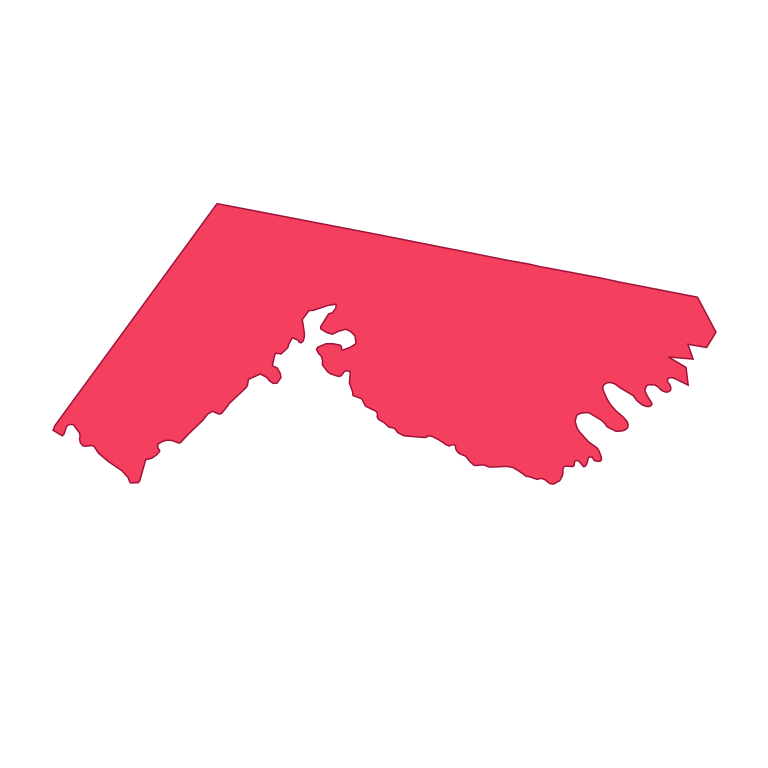 Allegany, Maryland, United States of America (Robinson projection), rotated 11°
{"feature_id": "52423323B81858638532101", "entity_name": "Allegany", "entity_type": "district", "adm_level": 2, "iso_a3": "USA", "parent_name": "United States of America", "parent_adm1": "Maryland", "projection": "robinson", "projection_center": [-78.645, 39.581], "detail": "fine", "context": "isolated", "style": "filled", "palette": "rose", "viewbox_px": 768, "rotation_deg": 11, "n_neighbors": 0, "source": "geoboundaries", "source_scale": "gbopen_adm2", "svg_char_len": 3589}
<svg xmlns="http://www.w3.org/2000/svg" viewBox="0 0 768 768"><g transform="rotate(11 384 384)"><path d="M185.7,238.8L126.8,364.4L68.9,487.6L68.0,492.6L78.1,496.2L79.5,494.1L79.9,490.5L80.4,486.9L81.6,484.7L83.2,483.7L86.8,483.2L94.6,490.3L95.7,493.8L95.6,495.9L97.1,499.6L100.1,502.0L101.9,502.3L108.3,500.3L111.1,500.4L117.0,506.4L128.0,512.6L143.2,519.1L150.5,524.5L152.7,528.1L154.3,529.5L160.6,527.9L161.6,527.7L162.7,525.6L164.5,503.8L170.2,501.2L174.0,497.3L176.6,493.1L176.4,491.9L174.4,490.2L173.5,487.4L173.8,486.0L176.8,483.2L181.1,480.7L186.6,479.9L194.0,481.1L195.4,480.4L201.9,470.0L213.1,454.2L216.6,447.3L220.9,443.5L226.7,444.9L228.6,444.9L230.4,443.5L235.2,434.5L235.3,433.4L249.5,413.6L250.2,411.3L250.1,405.3L259.4,398.7L260.7,397.8L267.6,399.8L270.8,402.6L275.0,404.6L278.9,403.5L281.6,397.4L280.3,393.6L276.1,388.6L270.9,387.5L271.2,375.8L272.2,374.3L277.1,374.2L282.7,366.7L282.8,363.8L285.1,356.1L291.5,357.4L292.6,359.0L294.8,359.4L296.4,357.3L296.8,353.4L296.3,349.8L291.5,336.3L296.4,326.2L297.5,326.0L300.6,325.2L313.7,317.7L321.6,314.8L322.2,317.2L322.0,319.4L319.6,324.2L317.1,325.1L315.9,326.6L311.0,339.4L311.0,341.2L311.8,342.2L318.4,344.5L323.8,345.0L329.2,340.9L336.1,337.5L340.8,338.7L346.3,342.2L348.5,348.5L348.4,350.1L343.9,354.4L337.2,358.5L335.4,357.7L335.3,355.6L333.5,354.2L326.0,354.2L319.6,355.5L312.3,360.2L311.3,362.2L311.2,363.0L314.5,367.1L316.3,367.9L317.6,369.5L319.3,373.0L319.5,375.2L320.1,377.2L326.2,382.6L329.1,384.1L337.8,385.3L340.4,384.1L342.9,379.0L344.4,378.3L348.2,378.0L348.9,381.0L349.8,389.5L354.6,397.5L355.7,401.2L356.0,401.3L364.2,402.6L365.4,403.2L369.4,408.5L370.7,409.5L381.1,412.2L382.6,413.5L383.3,414.7L383.7,417.9L385.4,419.8L391.3,421.8L397.0,425.3L402.8,425.5L406.7,429.0L412.2,430.7L413.4,431.1L434.5,428.7L436.2,427.9L436.4,426.5L441.0,426.2L448.1,428.2L454.5,430.7L455.4,431.5L459.8,432.4L462.2,430.8L464.0,430.3L465.4,430.7L466.0,431.4L466.9,434.1L468.1,435.7L470.9,437.8L471.1,437.9L477.9,439.3L483.1,443.7L487.1,446.2L488.0,446.5L488.8,446.7L496.2,444.6L499.8,444.7L502.0,445.4L505.0,445.1L520.6,441.4L526.1,441.3L532.6,443.5L541.3,447.5L544.8,447.3L552.5,448.4L555.9,446.8L557.3,446.7L560.1,447.2L565.6,450.0L568.1,450.1L570.2,449.4L575.0,445.3L576.6,440.0L576.5,436.6L575.8,432.9L576.3,431.1L578.0,429.9L584.9,429.1L586.2,427.7L586.1,426.1L585.8,424.6L586.2,423.4L588.2,422.3L589.7,422.3L592.5,424.5L595.5,427.0L597.2,426.4L598.2,424.0L598.5,421.6L598.5,418.8L599.3,416.5L602.2,416.1L605.1,419.0L607.5,419.2L610.0,418.8L611.4,418.1L611.9,416.5L610.9,413.7L608.1,409.0L605.4,406.1L595.7,401.7L585.6,394.1L582.1,390.6L578.8,384.4L579.0,379.4L579.7,377.3L582.0,375.6L584.8,374.4L589.1,373.3L591.5,373.4L604.0,377.9L608.4,380.6L610.8,383.1L612.0,383.7L620.9,386.2L626.8,384.6L629.7,382.8L631.5,380.5L631.4,377.3L629.7,374.3L625.3,370.9L616.8,366.1L610.3,361.1L606.2,356.6L601.2,349.6L599.9,347.5L599.4,345.7L599.7,343.3L602.2,340.5L605.9,339.3L610.4,339.8L616.8,342.8L631.0,347.9L635.3,352.0L641.3,355.2L645.8,356.0L648.7,355.5L650.0,354.6L650.8,352.9L650.6,351.8L645.0,345.8L641.8,341.6L641.4,340.5L641.4,338.7L642.2,335.5L643.8,334.3L650.0,333.2L654.3,334.8L655.8,336.2L658.9,337.7L662.4,338.2L664.5,337.5L666.1,336.0L666.5,334.8L666.3,332.9L664.7,330.1L662.1,328.0L661.4,325.4L662.4,323.8L665.0,322.9L667.8,323.0L682.8,327.1L677.3,310.1L658.1,303.2L682.6,300.6L674.8,287.0L693.7,286.6L700.0,269.8L675.2,239.0L643.7,239.0L594.9,239.0L576.0,238.6L512.3,239.0L505.0,238.6L480.3,239.0L451.6,238.8L411.6,238.7L356.9,238.5L286.1,238.6L185.7,238.8Z" fill="#f43f5e" stroke="#9f1239" stroke-width="1.5"/></g></svg>